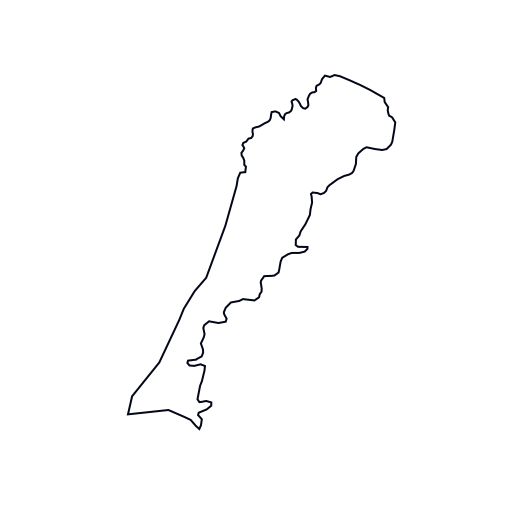 the district of As Suki, Sennar, Sudan, rotated 239°
{"feature_id": "16777658B86319641369334", "entity_name": "As Suki", "entity_type": "district", "adm_level": 2, "iso_a3": "SDN", "parent_name": "Sudan", "parent_adm1": "Sennar", "projection": "robinson", "projection_center": [34.157, 12.992], "detail": "fine", "context": "isolated", "style": "outline", "palette": "ink", "viewbox_px": 512, "rotation_deg": 239, "n_neighbors": 0, "source": "geoboundaries", "source_scale": "gbopen_adm2", "svg_char_len": 2660}
<svg xmlns="http://www.w3.org/2000/svg" viewBox="0 0 512 512"><g transform="rotate(239 256 256)"><path d="M304.5,444.1L305.5,443.7L305.8,443.6L307.5,442.4L309.8,442.8L313.0,443.9L315.5,445.9L317.9,445.8L321.7,445.6L325.4,447.3L325.6,447.2L338.2,440.1L340.1,439.0L349.2,433.2L353.3,430.3L357.5,427.4L366.8,420.6L370.6,416.6L371.3,411.7L372.2,410.8L375.1,408.0L373.7,403.9L371.0,400.5L370.5,398.7L370.7,395.6L369.2,393.9L366.5,392.6L366.3,390.5L367.2,388.5L367.2,386.0L366.1,383.9L363.8,380.9L361.0,379.8L358.3,378.6L357.2,377.0L356.9,374.1L358.5,372.5L361.5,371.7L363.4,372.0L365.9,372.1L368.6,371.6L370.2,370.8L370.7,367.5L370.2,366.1L368.2,365.6L365.9,364.7L363.4,362.3L362.3,360.7L362.0,358.4L362.7,355.8L362.6,354.0L361.3,352.1L358.8,350.3L363.1,349.1L366.7,349.4L369.9,347.2L371.3,343.6L369.7,342.0L366.7,339.6L365.3,337.7L364.9,335.6L365.3,331.5L365.3,327.9L365.4,325.3L366.6,321.6L366.9,319.0L365.8,317.9L364.0,316.8L362.1,316.2L360.5,314.9L359.6,312.6L360.5,310.1L359.1,306.5L359.5,303.4L358.1,301.5L356.1,301.6L354.4,301.4L352.9,299.1L351.9,296.6L349.5,295.5L346.5,295.6L343.6,295.0L340.2,292.9L337.8,293.4L333.4,290.0L334.4,288.0L335.5,285.4L332.0,280.5L325.9,275.3L297.7,245.3L265.8,205.6L263.0,202.1L257.5,185.4L248.0,167.0L240.8,157.4L214.5,118.2L199.6,77.6L186.2,64.7L169.1,101.6L155.4,111.4L149.1,115.6L141.5,116.9L136.9,118.3L139.3,121.7L144.0,125.5L149.5,124.4L151.2,126.2L149.9,134.7L150.7,140.5L153.5,142.3L157.4,138.6L159.1,133.9L159.9,132.2L163.4,132.1L173.6,141.3L176.6,145.2L184.5,153.0L188.0,155.6L191.7,152.7L193.6,146.5L196.4,142.6L199.7,142.1L201.3,143.9L198.0,151.3L198.2,152.3L197.9,157.7L200.4,160.9L203.1,162.4L209.4,163.7L213.0,169.1L215.4,171.6L221.5,173.8L223.3,175.9L224.2,182.1L217.9,189.3L215.3,196.2L217.4,198.5L222.4,198.7L224.4,199.5L227.3,203.5L229.1,210.6L226.1,218.5L226.0,219.9L225.8,222.6L218.7,231.8L218.9,235.3L219.0,237.1L219.7,238.1L220.6,238.7L221.4,239.7L222.6,242.4L225.1,244.1L230.9,246.4L232.3,247.7L234.5,252.7L230.9,259.2L229.8,261.7L230.2,266.8L232.5,269.0L238.6,274.3L241.0,277.6L241.0,284.4L240.2,288.3L236.3,294.7L234.7,300.0L235.6,303.7L237.2,304.8L242.2,296.8L244.9,295.7L249.6,298.7L251.3,303.8L253.9,306.7L254.7,308.2L257.8,314.7L263.4,323.3L268.2,327.0L272.9,331.6L278.5,334.4L280.8,335.0L281.3,337.2L278.2,341.2L275.7,343.1L275.0,346.7L275.7,349.6L278.2,352.8L278.9,355.7L279.4,361.3L279.8,365.5L279.2,372.8L277.8,377.8L277.7,381.2L278.7,383.5L283.4,389.0L289.2,392.9L291.3,396.6L292.5,403.0L292.3,406.7L286.4,413.1L281.9,418.7L280.4,423.0L281.2,426.2L281.9,429.0L283.8,431.7L293.0,439.6L298.8,444.2L304.0,444.1L304.3,444.1L304.5,444.1Z" fill="none" stroke="#020617" stroke-width="2"/></g></svg>